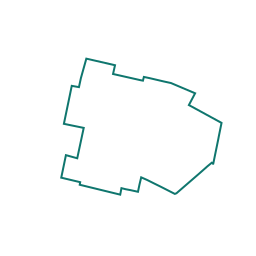 outline of Carmen de Areco, Buenos Aires, Argentina, rotated 59°
{"feature_id": "61730980B54882612512948", "entity_name": "Carmen de Areco", "entity_type": "district", "adm_level": 2, "iso_a3": "ARG", "parent_name": "Argentina", "parent_adm1": "Buenos Aires", "projection": "robinson", "projection_center": [-59.843, -34.419], "detail": "fine", "context": "isolated", "style": "outline", "palette": "teal", "viewbox_px": 256, "rotation_deg": 59, "n_neighbors": 0, "source": "geoboundaries", "source_scale": "gbopen_adm2", "svg_char_len": 730}
<svg xmlns="http://www.w3.org/2000/svg" viewBox="0 0 256 256"><g transform="rotate(59 128 128)"><path d="M171.8,45.2L139.7,64.0L132.8,52.6L111.6,68.0L106.5,73.4L96.2,84.0L92.4,88.1L95.1,90.8L93.6,92.5L74.0,113.0L67.5,106.8L47.1,128.0L61.0,142.7L67.7,149.0L62.9,154.5L70.4,161.4L91.4,180.8L96.2,175.6L105.1,165.9L127.8,187.1L119.3,195.2L136.2,210.8L149.8,196.9L151.8,198.6L181.1,169.0L176.2,164.6L179.4,161.4L182.5,157.9L187.8,152.3L182.4,147.3L177.1,142.1L182.5,138.3L189.1,134.1L195.0,130.3L206.2,123.3L208.6,121.8L208.9,120.1L204.1,92.5L201.7,79.4L200.9,74.0L201.1,73.9L201.3,73.8L201.7,73.6L202.0,73.5L202.3,73.6L202.5,73.5L202.5,73.3L184.0,56.3L182.3,54.8L171.8,45.2Z" fill="none" stroke="#0f766e" stroke-width="2"/></g></svg>